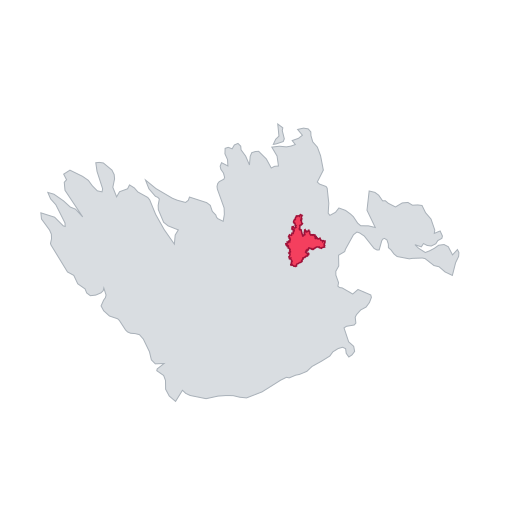 location of Boyle Lea-6, Roscommon, Ireland, rotated 74°
{"feature_id": "5873133B69148251137192", "entity_name": "Boyle Lea-6", "entity_type": "district", "adm_level": 2, "iso_a3": "IRL", "parent_name": "Ireland", "parent_adm1": "Roscommon", "projection": "orthographic", "projection_center": [-8.266, 53.929], "detail": "fine", "context": "in_parent", "style": "filled", "palette": "rose", "viewbox_px": 512, "rotation_deg": 74, "n_neighbors": 0, "source": "geoboundaries", "source_scale": "gbopen_adm2", "svg_char_len": 9173}
<svg xmlns="http://www.w3.org/2000/svg" viewBox="0 0 512 512"><g transform="rotate(74 256 256)"><path d="M314.2,87.6L305.1,94.2L303.8,96.6L301.3,106.6L301.0,109.4L295.4,120.5L292.1,122.8L287.3,124.6L284.5,126.4L281.0,125.5L276.6,125.7L274.5,127.7L274.6,129.2L275.9,130.9L284.1,135.9L283.6,138.0L281.3,140.4L266.7,146.4L262.4,150.0L260.8,152.4L262.4,156.4L274.2,168.2L276.2,169.5L278.0,176.4L288.4,179.2L292.7,183.5L296.4,184.5L304.4,184.0L307.6,185.6L309.4,184.3L310.4,182.0L319.2,173.5L316.3,167.2L325.1,156.4L327.6,156.5L331.9,159.7L335.4,164.2L336.7,170.2L340.1,175.6L342.2,177.5L348.0,178.5L349.4,180.6L348.5,188.5L349.4,191.2L364.0,190.6L369.8,187.0L374.9,187.5L377.5,190.9L378.7,194.6L374.4,196.1L369.8,195.4L367.6,197.9L367.6,202.5L369.3,208.5L372.5,212.6L375.2,222.1L377.6,232.6L380.9,238.9L381.8,246.8L381.5,250.7L382.3,257.7L381.0,260.2L382.2,266.7L388.3,287.7L389.8,304.2L387.3,310.5L383.9,316.5L381.8,323.6L380.2,331.1L379.4,343.3L371.9,357.8L368.7,361.4L364.8,363.7L373.6,373.4L366.7,378.0L359.2,379.6L350.7,377.3L345.4,377.7L338.9,383.0L337.3,382.1L334.0,374.0L331.9,382.5L327.0,385.2L318.7,384.8L304.8,387.2L299.5,389.7L297.3,393.5L295.7,397.8L293.6,400.4L291.1,401.8L280.3,405.1L278.2,406.3L273.3,413.4L266.7,417.5L261.3,418.7L256.4,414.6L254.5,412.2L252.2,410.9L244.8,411.1L247.2,412.4L248.7,415.2L249.4,420.8L248.5,426.2L244.9,428.9L240.5,429.4L233.6,435.0L224.4,436.5L219.4,441.6L189.0,450.0L187.3,450.1L183.1,447.8L178.6,446.7L174.1,447.3L161.3,452.0L155.2,450.9L163.2,438.9L173.9,433.0L175.0,431.3L171.6,430.5L151.5,434.3L144.5,437.7L137.5,438.6L140.9,433.2L150.0,425.8L157.8,421.0L161.2,416.6L170.7,411.8L140.2,421.5L132.3,420.0L130.5,417.1L124.3,418.3L122.2,411.2L131.6,400.8L137.1,396.3L143.4,394.0L149.6,390.6L151.9,386.3L149.1,384.9L130.9,385.5L122.2,384.3L122.8,380.9L124.5,377.1L133.7,370.8L138.6,369.9L142.9,370.7L150.5,374.7L160.7,373.7L156.6,369.4L156.0,360.9L152.8,358.0L157.0,354.2L161.9,351.9L169.9,343.9L172.8,342.7L188.4,341.0L205.3,337.0L222.1,331.2L213.6,327.9L209.5,323.5L202.8,332.2L198.1,335.5L184.6,337.1L180.4,336.1L174.5,333.2L172.6,334.2L170.8,336.3L161.9,340.4L152.5,341.3L163.6,333.6L177.5,320.4L180.7,316.3L185.1,309.0L183.8,305.7L181.0,303.7L191.1,288.7L194.7,286.0L201.0,285.7L205.6,283.3L207.7,283.3L209.5,282.5L213.6,278.0L207.4,275.0L201.0,273.4L181.0,274.7L178.4,274.3L175.9,272.9L174.4,270.9L173.3,265.7L171.8,264.5L167.3,264.4L162.9,265.9L159.8,265.7L156.8,263.4L161.7,258.2L155.5,256.8L149.2,257.7L144.0,256.0L143.9,252.7L146.4,249.4L143.3,246.2L142.8,242.3L146.2,240.4L149.8,241.1L157.2,238.4L166.7,237.2L158.6,234.1L155.5,231.6L155.4,227.8L156.1,224.6L165.6,219.3L175.6,217.1L174.9,213.4L175.7,209.6L165.7,208.2L155.7,210.8L156.9,203.3L159.5,196.7L160.0,192.2L159.7,187.5L155.0,189.4L154.6,182.7L152.7,178.1L145.8,181.1L146.2,175.0L148.2,170.8L151.8,169.1L155.4,170.0L161.9,170.0L168.3,167.0L177.4,166.3L192.0,167.6L201.8,176.7L204.4,175.1L208.5,169.5L210.4,168.9L225.4,171.5L234.7,174.8L237.3,173.8L235.9,167.5L232.7,163.1L236.8,157.4L241.7,153.6L245.0,151.6L252.5,149.2L255.8,147.0L258.0,139.6L261.5,133.5L242.6,136.7L224.7,129.3L227.6,124.2L231.4,121.3L237.9,119.1L238.5,116.5L241.8,114.3L247.3,108.4L245.3,100.8L246.4,95.2L250.3,91.6L251.5,86.4L253.2,82.5L261.1,81.1L268.7,77.6L280.4,77.0L283.4,78.4L282.7,72.1L288.2,71.3L290.3,72.5L291.3,77.0L293.8,79.8L294.7,84.8L293.0,88.6L290.2,91.6L292.8,94.6L288.9,100.1L293.2,97.7L299.3,92.3L298.9,87.9L297.8,82.5L296.0,77.5L296.8,72.1L300.1,68.6L309.1,66.8L305.3,60.6L308.6,60.0L312.2,61.3L317.5,66.0L328.8,72.6L323.4,78.7L316.8,83.0L314.2,87.6ZM153.8,205.7L153.5,208.6L149.2,204.9L147.1,200.9L135.1,198.7L140.2,194.9L142.7,196.2L151.2,196.5L153.5,198.3L153.8,205.7Z" fill="#d9dde1" stroke="#a8b0b8" stroke-width="1"/><path d="M259.8,187.2L259.9,187.4L260.4,187.9L259.6,187.9L258.8,189.4L258.0,189.3L257.4,189.6L257.1,189.5L256.9,189.7L256.5,189.7L256.7,190.1L256.7,190.3L256.8,191.3L256.6,191.4L256.5,192.0L256.0,192.1L255.5,192.1L255.3,192.3L255.4,192.6L255.4,192.8L255.5,192.9L255.3,193.2L255.5,193.7L255.7,193.8L255.4,194.2L254.9,194.0L254.6,193.7L254.4,193.1L253.9,192.8L253.8,193.1L253.3,193.2L253.1,193.5L253.2,193.9L252.9,193.8L252.9,194.0L252.8,194.3L252.5,194.4L252.5,194.2L252.4,193.8L252.0,193.6L251.6,194.4L251.3,195.0L251.5,195.3L251.1,195.8L251.1,196.0L251.0,196.3L251.2,196.5L251.4,196.5L251.1,197.1L250.7,197.2L250.7,197.4L250.8,197.7L249.0,198.2L247.8,197.7L247.3,197.7L247.2,198.0L246.8,198.3L246.3,198.2L246.1,198.1L245.9,198.0L245.7,198.5L246.5,199.2L246.5,199.3L246.7,199.6L246.6,200.0L246.3,200.3L246.5,200.3L246.6,200.9L246.8,200.9L246.8,201.0L246.4,201.3L246.2,201.7L245.9,201.7L245.2,201.5L244.8,201.7L244.3,201.6L244.4,202.0L245.5,202.1L245.5,202.3L245.4,202.4L245.4,202.5L247.1,203.0L247.1,203.3L248.1,203.4L248.1,203.1L248.9,203.1L248.8,204.0L249.2,204.1L249.5,204.7L249.4,204.7L249.5,204.9L249.6,205.1L249.8,205.5L249.6,205.6L247.9,205.5L247.3,205.7L247.2,205.7L246.7,205.5L246.3,205.7L245.5,205.5L243.9,205.5L243.7,205.4L243.5,205.6L243.1,205.5L242.9,205.7L242.8,206.3L242.9,206.7L242.7,206.9L241.7,206.9L241.2,206.1L240.5,206.1L239.7,205.6L239.4,205.6L238.7,205.6L238.5,204.9L238.5,204.6L238.7,204.2L238.5,203.9L238.5,203.7L238.2,203.5L238.2,203.4L238.2,203.2L238.1,202.9L237.6,202.4L237.3,202.7L236.8,202.9L235.8,202.9L235.5,202.8L234.8,202.8L233.9,202.3L234.1,202.7L234.0,203.1L233.7,203.0L233.5,202.6L230.9,201.5L230.1,201.0L230.0,200.6L229.3,201.1L229.2,201.0L228.9,201.6L228.5,201.8L228.6,202.0L228.8,202.3L228.9,202.7L229.4,203.1L229.8,203.2L229.9,203.3L229.6,203.5L229.1,203.4L229.2,203.9L228.7,205.7L229.1,205.8L228.8,206.3L229.8,207.0L229.9,207.3L230.2,207.6L231.1,208.0L231.5,208.0L231.9,208.3L231.8,209.0L231.7,209.1L232.3,209.6L232.9,210.2L233.3,210.4L233.5,210.5L233.6,210.3L233.9,210.3L234.0,210.4L234.4,210.4L234.8,210.3L234.7,210.0L235.0,209.7L235.1,209.8L235.4,209.6L235.7,209.7L236.5,209.6L237.2,209.9L237.9,210.0L238.0,209.9L238.0,209.4L238.3,209.7L239.0,209.8L239.5,209.7L239.5,210.2L239.7,210.3L239.8,211.3L239.7,211.5L238.3,212.2L238.0,212.1L237.9,212.8L237.8,213.1L238.3,213.5L238.7,213.4L239.2,213.6L239.7,214.0L239.9,213.5L240.4,213.5L240.7,213.7L240.9,213.5L241.0,213.4L241.0,212.5L241.4,212.5L241.6,212.1L242.5,212.4L242.7,213.4L243.7,213.5L244.6,214.0L243.9,215.0L244.9,215.7L245.9,216.1L245.8,216.5L245.5,217.0L245.3,217.8L244.9,218.0L245.2,218.4L246.3,219.3L246.4,219.1L246.3,218.9L246.5,218.8L247.7,219.2L248.1,219.2L248.1,218.9L248.2,218.5L249.0,218.8L249.3,218.4L250.1,218.7L250.2,218.8L250.2,219.0L250.8,219.2L250.6,220.0L250.9,220.1L251.4,220.0L251.0,220.7L252.0,221.0L251.9,221.4L251.3,221.2L251.2,222.1L251.5,222.0L251.8,222.0L252.1,222.3L252.4,222.6L252.5,223.4L253.1,223.2L253.1,223.7L252.8,224.0L253.6,224.1L253.9,223.6L254.3,223.7L254.7,223.5L254.7,223.4L254.8,223.1L254.5,222.8L254.7,222.5L255.4,223.0L255.5,222.2L256.0,222.3L256.2,222.6L256.9,222.8L256.9,222.4L257.6,222.3L257.9,222.0L258.4,221.9L258.4,221.7L258.5,221.7L259.2,221.4L259.9,222.0L260.0,221.9L260.9,222.2L261.1,221.7L261.5,221.7L261.6,222.0L261.9,222.3L262.0,222.6L261.9,222.8L262.1,222.8L262.2,223.1L262.2,223.3L262.2,223.5L262.4,223.4L262.6,223.6L262.8,223.6L263.2,222.9L263.5,222.7L263.7,222.8L264.3,223.0L265.7,224.1L265.8,224.6L267.5,224.6L267.4,224.5L267.6,224.3L267.6,223.9L267.8,223.8L267.5,223.3L267.5,223.2L267.9,223.4L268.6,223.4L269.6,223.2L269.8,223.0L270.7,222.9L271.0,222.7L271.2,222.8L271.2,223.0L271.2,223.3L271.6,223.8L272.4,223.6L272.7,223.7L273.3,224.1L273.2,224.5L273.3,224.6L273.8,225.0L274.2,225.0L274.6,224.8L274.5,224.5L274.6,223.9L274.5,223.6L275.0,223.4L275.2,223.1L275.7,222.7L276.3,222.4L276.3,222.1L276.6,221.6L276.5,221.2L276.7,220.7L277.0,220.6L276.7,219.7L275.9,219.7L275.2,219.2L275.0,218.9L274.9,217.3L274.5,216.4L274.3,215.8L274.5,215.4L274.4,214.5L274.1,214.1L274.1,213.6L273.8,213.2L273.1,213.5L272.9,213.3L272.7,212.7L272.3,212.4L272.1,211.8L271.8,211.5L271.0,211.7L270.7,211.3L270.9,210.7L270.6,209.8L270.9,209.4L270.6,209.0L270.2,208.6L270.3,208.3L270.0,208.1L269.9,207.8L270.1,207.1L270.2,206.9L270.2,206.6L269.9,206.0L269.6,206.0L269.4,206.3L269.2,206.3L269.1,206.0L268.8,205.5L268.8,205.1L268.9,204.9L268.4,204.8L268.1,204.6L267.7,204.8L267.6,205.2L268.0,205.5L267.8,206.0L266.7,206.7L266.6,207.0L265.9,207.3L265.7,207.1L265.7,206.7L265.1,206.4L265.2,205.8L264.5,206.2L264.4,206.1L264.5,205.9L264.2,205.4L264.0,205.2L264.4,204.8L264.6,204.6L264.7,204.3L264.5,203.9L264.1,204.0L263.6,203.9L263.5,203.7L263.6,203.4L263.2,203.1L262.8,203.1L262.7,202.9L262.9,202.5L263.4,201.9L263.9,201.7L263.9,201.3L264.1,200.9L264.2,200.5L264.8,200.6L265.1,200.3L265.2,200.1L265.3,199.7L265.4,199.3L265.2,199.3L264.8,199.0L264.8,198.8L265.0,198.3L264.8,198.2L264.9,197.7L264.8,197.2L264.4,197.0L264.4,196.5L264.3,196.4L264.2,196.0L264.3,195.9L264.1,195.5L264.2,194.9L264.1,194.7L264.8,193.2L264.7,192.8L265.0,192.7L265.1,193.0L265.3,193.0L265.5,192.5L265.9,192.3L266.0,191.9L266.2,191.5L266.5,191.2L266.7,190.9L266.1,190.2L266.3,187.6L265.2,187.6L264.9,187.5L264.5,187.5L264.5,187.1L264.0,187.3L263.8,187.2L263.2,187.2L262.9,186.6L262.2,186.3L262.0,186.0L261.5,186.1L261.1,185.7L260.7,185.5L260.4,186.5L259.9,186.8L259.9,187.1L259.8,187.2Z" fill="#f43f5e" stroke="#9f1239" stroke-width="1.5"/></g></svg>